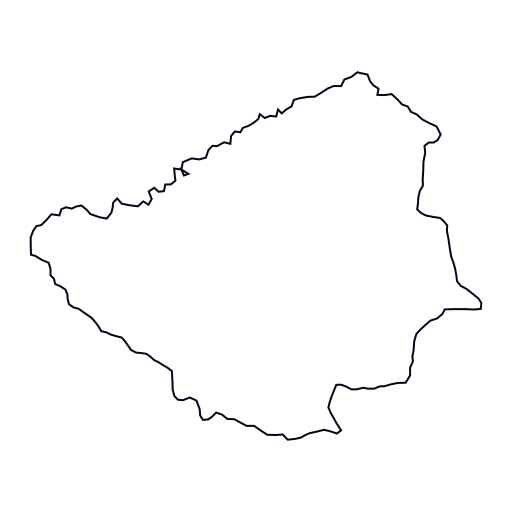 São João do Pacuí, Minas Gerais, Brazil (Albers equal-area conic projection)
{"feature_id": "56859067B19331061233484", "entity_name": "São João do Pacuí", "entity_type": "district", "adm_level": 2, "iso_a3": "BRA", "parent_name": "Brazil", "parent_adm1": "Minas Gerais", "projection": "albers", "projection_center": [-44.531, -16.552], "detail": "fine", "context": "isolated", "style": "outline", "palette": "ink", "viewbox_px": 512, "rotation_deg": 0, "n_neighbors": 0, "source": "geoboundaries", "source_scale": "gbopen_adm2", "svg_char_len": 2880}
<svg xmlns="http://www.w3.org/2000/svg" viewBox="0 0 512 512"><path d="M181.4,169.5L174.1,168.5L174.7,174.8L175.4,180.7L170.9,184.4L165.3,184.5L163.9,191.2L158.4,191.7L154.3,187.8L148.7,191.5L151.7,199.0L148.5,204.7L143.2,201.4L138.0,206.3L129.8,205.3L121.8,203.7L117.2,198.5L113.2,202.6L112.6,207.9L111.3,212.8L106.8,218.6L99.5,217.2L90.4,214.1L86.6,209.7L81.4,205.5L75.9,206.6L71.8,208.6L66.1,207.3L61.4,209.2L59.4,215.4L51.4,214.3L46.2,220.3L41.2,225.1L36.4,226.1L33.2,230.8L30.7,237.3L30.7,244.4L31.0,254.7L35.5,256.0L42.0,260.0L48.7,262.8L50.5,269.1L50.5,275.3L53.9,278.7L55.2,284.1L59.9,286.0L65.5,289.6L67.4,294.5L67.7,299.3L69.0,304.2L73.6,307.5L78.7,308.8L83.4,312.2L87.6,315.1L91.4,317.7L94.9,321.6L98.3,326.1L101.3,331.2L105.9,332.2L110.9,334.6L116.3,336.2L121.6,337.5L125.1,341.4L128.3,346.0L131.1,350.0L136.1,352.6L141.5,353.1L146.3,353.8L150.8,357.0L154.2,360.1L158.3,362.1L163.3,365.3L167.4,367.6L171.9,371.1L172.2,376.5L172.5,383.0L172.7,390.0L174.5,396.3L178.0,399.7L183.0,400.2L189.7,397.5L196.4,400.5L199.7,409.1L200.1,415.3L202.9,419.9L208.2,419.4L212.2,416.6L216.1,412.6L221.9,414.5L227.3,418.9L234.3,419.2L241.0,422.9L246.6,425.9L254.2,425.9L261.3,430.9L267.4,434.8L276.2,435.0L282.7,434.5L287.7,439.7L294.9,438.9L300.7,437.7L304.9,435.3L309.6,433.2L316.8,431.6L324.1,429.8L330.6,431.4L336.8,433.5L341.1,430.4L336.3,422.9L333.6,417.9L330.8,413.1L328.4,407.5L329.5,402.8L331.6,396.5L333.8,391.0L336.3,384.8L341.1,384.7L346.5,386.7L351.3,389.3L356.8,389.3L363.5,387.7L368.0,388.7L373.9,388.7L379.8,386.4L384.4,386.2L390.7,384.4L397.5,383.0L405.7,382.7L410.1,375.4L410.1,367.6L412.9,361.4L412.4,356.5L413.6,350.2L414.2,341.4L416.3,334.1L420.4,329.6L425.1,325.2L430.4,320.6L437.0,318.5L442.3,314.1L444.8,309.4L453.9,309.1L464.3,309.1L474.5,309.5L480.8,308.9L481.3,302.9L478.6,298.7L473.3,294.3L466.8,289.1L460.8,285.9L457.1,281.3L456.3,275.3L455.1,268.6L453.4,262.6L451.1,256.3L449.8,248.2L448.4,238.6L446.9,231.0L447.2,225.4L443.9,221.4L440.2,218.0L433.7,217.0L426.2,215.6L421.2,213.1L417.2,209.4L418.0,203.1L418.4,197.2L419.7,191.2L422.9,185.7L422.7,179.5L423.2,171.4L423.5,161.6L425.2,152.7L424.5,145.9L428.7,142.5L433.7,142.5L437.7,140.0L440.7,134.5L436.5,126.4L429.0,123.0L422.3,119.4L416.7,114.4L411.0,111.9L407.8,106.6L402.1,104.5L397.3,99.3L391.6,94.1L384.4,95.1L377.4,94.9L378.5,88.6L373.6,85.5L370.1,81.3L367.5,74.5L362.4,73.5L357.3,72.3L351.4,76.9L344.4,79.5L341.1,86.1L333.7,86.0L327.5,88.6L321.2,92.8L314.7,96.7L307.7,96.9L299.9,98.2L293.9,99.9L291.5,106.4L286.2,109.5L281.7,113.4L278.0,109.5L276.2,116.5L270.0,115.9L264.8,118.0L259.8,114.2L258.3,119.0L253.8,122.7L248.6,125.8L242.8,127.9L240.3,132.3L234.8,131.5L231.1,136.0L230.3,143.8L224.1,142.3L217.1,146.1L212.4,145.8L208.3,150.3L205.9,157.6L199.4,159.4L191.7,158.4L182.8,162.2L181.4,169.5ZM181.4,169.5L188.4,173.8L183.9,175.5L181.4,169.5Z" fill="none" stroke="#020617" stroke-width="2"/></svg>